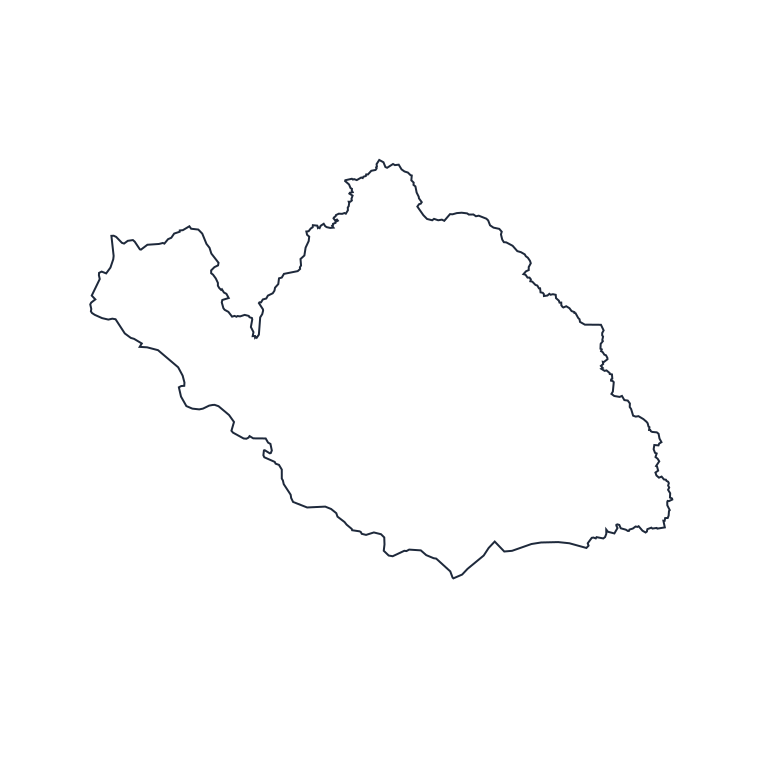 Magway, Magway, Myanmar (Mercator projection), rotated 330°
{"feature_id": "60261553B24389889044331", "entity_name": "Magway", "entity_type": "district", "adm_level": 2, "iso_a3": "MMR", "parent_name": "Myanmar", "parent_adm1": "Magway", "projection": "mercator", "projection_center": [95.349, 20.285], "detail": "fine", "context": "isolated", "style": "outline", "palette": "slate", "viewbox_px": 768, "rotation_deg": 330, "n_neighbors": 0, "source": "geoboundaries", "source_scale": "gbopen_adm2", "svg_char_len": 6166}
<svg xmlns="http://www.w3.org/2000/svg" viewBox="0 0 768 768"><g transform="rotate(330 384 384)"><path d="M491.9,187.6L487.5,189.9L486.5,192.3L485.5,192.4L485.3,193.7L483.7,194.4L479.6,193.0L474.8,194.5L473.4,193.6L472.2,194.8L469.8,194.2L468.5,195.0L467.5,193.8L462.4,193.8L460.5,191.6L459.3,191.4L458.8,190.2L452.4,188.2L451.8,188.8L453.5,193.7L453.0,197.5L453.8,199.0L452.9,200.2L452.8,202.2L450.1,201.3L449.2,201.8L451.0,205.1L448.4,207.4L447.9,209.0L446.0,209.3L444.6,208.5L444.3,209.9L442.2,212.5L440.9,213.0L439.6,215.5L436.1,217.4L435.3,216.2L432.8,215.7L430.0,213.9L426.8,213.7L426.0,214.5L423.8,214.8L423.1,215.3L423.5,217.9L425.5,218.1L425.7,219.5L423.0,219.4L422.5,220.2L420.0,219.8L419.4,220.8L418.2,221.0L418.4,223.3L415.4,221.9L412.8,219.5L412.0,217.9L411.9,215.1L408.3,215.3L406.2,216.8L405.6,215.7L404.8,215.8L405.4,213.5L401.8,210.9L400.6,212.6L398.3,212.7L395.1,214.0L393.0,213.1L392.0,216.3L392.9,219.0L390.2,222.6L384.3,226.7L379.3,232.9L374.2,234.0L371.4,239.9L369.5,240.9L368.9,242.4L365.7,243.1L352.4,238.6L348.7,240.7L345.9,240.0L342.4,244.6L337.8,246.1L335.8,248.4L333.0,249.8L327.6,249.4L324.8,251.1L321.3,250.2L318.4,251.8L317.0,251.0L316.1,251.4L316.5,258.8L316.0,260.0L313.5,262.6L310.1,264.4L300.3,278.7L296.9,280.3L296.6,279.3L295.5,279.5L296.2,277.9L294.2,276.9L296.9,273.8L297.2,268.1L302.2,262.2L302.6,260.8L300.9,258.9L300.9,257.4L297.9,254.5L293.2,253.5L291.1,251.9L289.9,252.0L288.6,250.3L286.1,249.7L285.3,243.7L283.1,240.1L282.8,238.1L284.3,232.2L286.0,230.4L292.5,231.9L292.6,227.1L291.1,224.7L291.0,220.9L290.0,221.1L289.3,218.5L289.3,215.8L290.7,213.4L291.1,208.5L290.6,203.8L289.7,201.7L291.1,199.2L295.6,198.0L299.6,198.3L301.3,196.3L299.7,184.7L301.0,178.8L300.3,173.9L301.8,162.9L300.4,157.4L294.6,153.1L294.3,150.1L286.7,150.2L283.9,148.9L283.2,150.0L277.5,148.8L272.9,151.0L269.4,150.6L264.0,152.6L263.0,151.3L259.1,150.2L248.7,145.1L240.7,146.1L239.9,145.3L239.3,136.1L238.5,133.8L233.7,131.9L229.1,132.4L227.6,130.7L225.6,122.7L224.0,120.4L222.0,119.4L213.9,137.9L211.9,140.6L205.3,146.4L198.7,149.3L195.7,145.5L192.8,145.3L191.5,147.2L190.3,151.0L175.1,161.3L176.3,166.4L171.1,167.1L169.4,168.2L168.0,172.7L166.5,174.5L166.6,176.5L168.1,179.5L172.8,186.0L177.5,190.4L181.4,191.6L183.9,193.7L184.8,210.6L187.8,217.5L190.1,219.9L194.5,227.8L191.0,229.7L197.2,233.8L205.2,241.7L214.1,266.6L213.8,276.1L211.9,283.0L210.1,285.7L207.4,284.4L204.7,284.3L201.9,293.4L201.8,304.3L205.7,309.5L211.3,313.6L214.9,314.8L221.8,315.3L225.2,316.5L226.9,317.4L229.6,320.5L234.3,333.4L235.1,341.9L228.5,348.2L228.9,350.6L235.2,361.0L237.5,362.6L239.9,362.7L241.5,361.9L243.6,365.7L254.3,372.0L254.3,376.8L255.7,379.1L253.6,385.5L251.4,387.2L250.4,386.9L247.6,381.7L246.8,381.5L243.9,385.4L243.7,387.6L250.4,396.8L250.3,398.8L252.6,401.5L252.7,407.0L248.2,414.8L248.2,417.0L247.1,420.6L247.8,433.2L246.6,436.3L246.3,440.7L255.7,452.5L271.8,460.8L275.7,465.8L278.1,472.0L277.4,475.6L280.8,483.8L281.3,487.1L283.6,493.4L283.3,494.7L289.2,499.4L289.9,500.6L289.8,502.6L293.0,505.7L301.0,507.5L306.3,512.6L307.5,517.0L304.2,523.2L300.4,528.3L302.3,534.9L305.4,537.5L318.2,538.6L319.9,539.9L323.0,540.0L332.7,546.5L335.0,553.3L339.9,559.7L341.9,561.3L347.7,579.4L346.6,585.9L346.9,587.0L356.4,588.1L364.1,585.8L384.6,582.4L392.7,578.3L401.1,575.8L404.4,589.2L411.5,592.5L431.7,596.3L440.8,599.8L455.8,608.0L464.9,614.6L477.3,627.2L480.3,626.3L480.8,623.8L487.0,621.1L488.6,621.7L490.2,623.6L491.5,622.9L496.7,627.4L498.9,627.1L501.6,624.9L503.7,621.2L504.1,624.0L508.8,628.6L514.2,625.5L514.4,622.8L514.9,622.1L516.0,622.3L517.3,623.7L516.9,627.3L520.6,631.1L521.7,633.2L522.6,633.7L523.8,632.8L527.2,633.6L530.6,633.2L532.1,634.5L533.4,634.5L534.5,640.3L536.3,643.4L537.9,643.2L539.5,641.4L543.7,642.1L544.2,643.4L548.2,645.0L548.4,645.9L555.5,648.6L557.6,642.1L558.6,642.8L560.5,640.7L562.7,641.9L564.7,640.3L567.3,636.5L568.4,636.1L568.7,630.7L570.3,627.8L571.2,627.1L572.2,627.9L575.9,628.2L576.2,627.2L574.9,625.3L577.2,621.7L577.1,617.7L579.2,616.3L579.3,614.0L581.1,612.3L581.2,610.7L580.2,609.1L580.3,607.9L578.7,606.6L578.1,603.0L575.3,602.6L574.2,599.4L574.8,596.4L578.1,596.1L579.2,592.0L578.6,591.1L583.7,588.6L583.6,585.5L582.6,583.0L585.4,580.5L584.3,579.1L584.9,575.3L587.6,572.0L591.0,574.4L592.5,573.2L595.2,573.1L595.3,569.0L596.9,564.4L596.1,562.3L592.3,559.6L591.5,558.3L591.6,556.9L590.6,556.3L592.3,554.1L591.8,553.1L592.7,549.8L592.5,548.2L591.1,544.1L588.3,539.1L585.7,538.1L583.9,536.0L585.5,529.2L585.3,526.8L587.2,523.8L586.8,520.2L584.1,518.1L584.1,513.3L581.6,513.0L577.4,509.5L576.0,506.3L578.4,505.0L583.9,497.3L583.5,495.7L582.3,494.6L583.0,493.6L584.4,493.5L586.2,489.7L584.5,488.2L584.9,487.3L583.5,483.5L581.6,482.9L579.8,479.5L581.5,479.5L580.9,476.8L583.8,476.3L584.6,474.2L585.3,474.9L589.9,474.3L590.5,473.1L590.6,470.1L589.5,468.8L589.3,465.6L588.4,464.1L589.9,462.9L589.1,461.7L591.7,457.6L595.0,456.3L595.0,455.1L597.4,452.5L597.3,450.9L598.5,448.9L601.0,447.4L601.5,441.2L587.6,433.0L584.8,428.2L585.7,425.7L585.2,423.9L585.3,418.5L584.4,417.6L584.8,416.9L582.9,414.6L582.5,411.1L580.7,407.8L577.6,407.4L577.2,406.7L576.9,404.6L578.2,402.1L576.7,401.3L577.1,399.2L575.9,395.7L577.3,392.6L575.2,390.7L572.9,390.0L572.3,388.6L569.8,389.1L566.5,387.8L567.4,386.0L567.1,384.4L565.4,382.9L567.0,379.2L566.0,378.6L566.0,375.4L564.7,373.9L563.6,369.5L562.1,368.2L563.5,366.8L563.2,364.6L561.5,363.6L561.2,360.2L559.7,358.6L563.3,357.4L566.3,357.7L567.8,355.1L571.5,352.8L572.0,350.3L571.7,346.5L570.7,344.3L570.7,342.1L568.5,338.3L565.9,335.6L564.5,328.6L560.7,322.5L558.7,321.1L558.6,318.0L560.1,312.9L562.1,311.0L561.4,307.3L557.0,303.3L555.2,299.6L556.0,294.4L555.3,292.0L550.2,285.6L547.5,284.7L546.2,281.9L542.2,279.7L541.3,277.8L536.9,274.5L532.5,272.4L528.2,271.3L526.1,269.9L517.8,272.8L516.3,270.6L512.8,269.3L509.9,266.0L507.6,266.3L503.8,262.6L502.5,257.5L501.6,247.0L504.3,245.8L506.0,246.2L507.6,245.4L507.1,240.7L507.7,239.2L508.0,234.5L510.0,228.6L509.1,226.3L510.4,224.4L509.5,221.3L512.3,217.3L511.4,216.4L510.4,212.8L508.0,210.2L506.5,206.9L506.4,201.4L502.9,199.9L501.8,198.0L494.8,198.3L493.7,196.8L494.4,191.7L491.9,187.6Z" fill="none" stroke="#1e293b" stroke-width="2"/></g></svg>